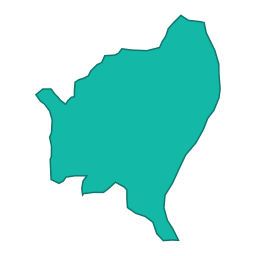 outline of Oskarshamn, Kalmar, Sweden
{"feature_id": "70781695B81120519064145", "entity_name": "Oskarshamn", "entity_type": "district", "adm_level": 2, "iso_a3": "SWE", "parent_name": "Sweden", "parent_adm1": "Kalmar", "projection": "albers", "projection_center": [16.317, 57.382], "detail": "fine", "context": "isolated", "style": "filled", "palette": "teal", "viewbox_px": 256, "rotation_deg": 0, "n_neighbors": 0, "source": "geoboundaries", "source_scale": "gbopen_adm2", "svg_char_len": 1123}
<svg xmlns="http://www.w3.org/2000/svg" viewBox="0 0 256 256"><path d="M178.5,240.3L177.8,238.8L172.6,228.5L167.4,220.4L163.9,207.8L165.0,195.2L172.5,183.1L179.9,167.0L185.6,155.0L195.8,142.9L203.2,129.8L207.7,118.3L213.9,110.3L219.0,97.7L220.1,89.1L218.9,73.2L218.8,64.1L214.8,50.4L206.2,32.8L204.1,22.6L199.8,21.6L188.4,20.4L180.9,15.4L173.4,22.9L168.3,28.6L165.8,36.2L162.1,41.8L159.6,47.5L147.0,50.7L131.9,50.1L122.6,48.9L121.8,48.8L118.6,53.2L114.8,55.1L104.8,55.7L101.6,62.7L97.2,64.6L92.6,69.1L90.9,70.8L88.3,75.9L83.3,78.4L78.9,79.7L75.1,82.2L74.4,91.0L74.4,96.7L71.3,97.3L68.1,100.5L65.5,104.2L60.5,100.4L58.0,97.3L54.8,94.1L51.1,89.0L42.9,89.0L35.9,94.7L40.3,101.0L44.7,104.2L49.7,111.1L52.2,120.0L51.5,132.7L49.6,137.1L51.5,145.9L51.4,156.7L50.2,159.2L51.1,179.6L52.6,180.2L59.0,183.4L63.4,180.9L66.0,177.1L74.8,175.8L86.9,175.8L83.1,180.9L81.8,188.5L82.6,194.9L83.7,193.6L93.2,192.4L103.4,192.4L108.5,188.6L115.4,182.2L123.7,186.7L126.9,189.8L126.9,198.7L127.5,207.6L135.8,213.3L145.3,216.5L152.9,222.2L156.8,233.7L163.2,240.6L172.1,240.0L178.5,240.3Z" fill="#14b8a6" stroke="#0f766e" stroke-width="1.5"/></svg>